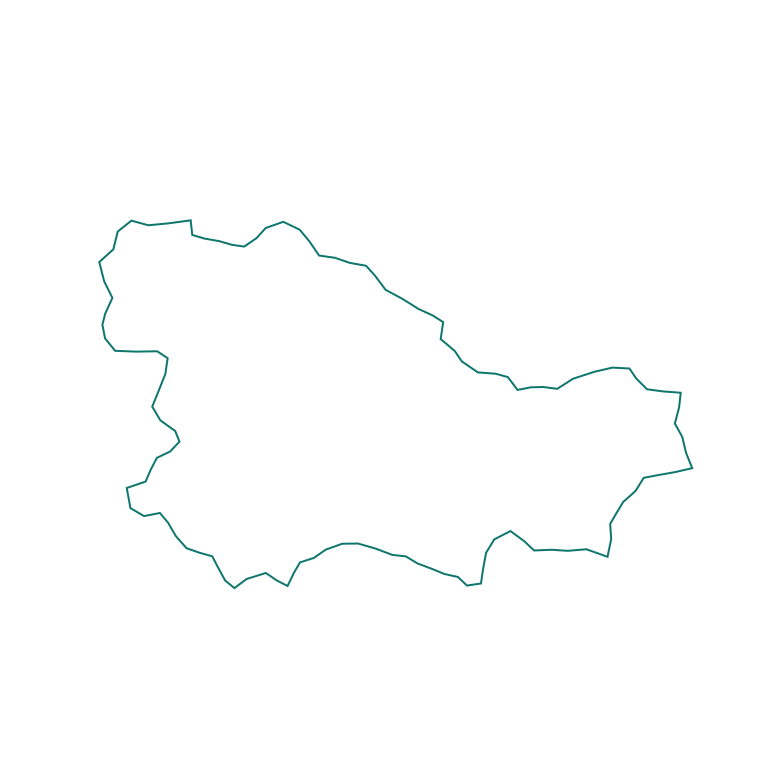 outline of Guarará, Minas Gerais, Brazil, rotated 252°
{"feature_id": "56859067B45812965390443", "entity_name": "Guarará", "entity_type": "district", "adm_level": 2, "iso_a3": "BRA", "parent_name": "Brazil", "parent_adm1": "Minas Gerais", "projection": "robinson", "projection_center": [-43.024, -21.763], "detail": "fine", "context": "isolated", "style": "outline", "palette": "teal", "viewbox_px": 768, "rotation_deg": 252, "n_neighbors": 0, "source": "geoboundaries", "source_scale": "gbopen_adm2", "svg_char_len": 1594}
<svg xmlns="http://www.w3.org/2000/svg" viewBox="0 0 768 768"><g transform="rotate(252 384 384)"><path d="M150.6,543.2L166.2,552.1L181.1,555.9L189.5,565.3L197.9,575.0L204.5,590.1L214.5,602.0L212.9,614.7L210.3,633.3L208.7,651.1L225.2,650.0L241.5,651.3L256.5,648.4L270.7,657.5L284.0,663.5L290.5,647.6L297.7,632.5L311.0,625.7L322.9,622.2L329.0,606.3L330.6,588.2L330.6,565.3L325.9,547.3L332.0,534.3L335.5,522.5L337.1,509.2L352.3,503.9L359.3,493.3L366.0,476.9L381.4,465.0L393.5,461.5L409.2,451.8L424.6,459.4L434.3,451.3L444.8,439.9L459.3,427.8L473.1,414.6L489.8,408.9L502.0,403.5L509.7,389.0L519.2,376.3L526.2,362.0L542.5,357.2L556.8,351.5L569.4,338.3L568.9,319.7L562.1,307.8L557.9,293.5L563.3,282.5L570.8,271.4L577.8,258.2L585.0,247.7L599.4,250.7L603.4,228.6L607.8,208.9L617.4,194.3L611.3,177.9L595.7,168.2L588.0,150.9L568.2,149.6L549.8,152.3L537.2,140.7L527.4,134.5L513.6,132.8L498.7,138.5L491.5,157.9L485.2,178.4L475.4,186.2L461.2,179.2L446.2,166.8L434.1,156.6L418.5,160.1L403.8,170.9L392.4,171.7L385.9,159.8L384.0,145.2L374.4,135.5L364.9,127.2L364.6,107.2L344.3,104.5L332.5,115.0L330.6,131.0L318.7,135.8L303.8,139.0L288.8,145.5L280.4,156.6L273.2,167.4L260.6,169.5L246.2,172.2L236.1,178.7L241.0,193.0L240.8,213.2L230.1,221.5L221.7,229.9L231.9,239.6L240.3,249.0L240.3,263.6L244.5,277.6L245.0,294.9L240.3,310.0L230.1,325.1L218.9,339.1L213.3,351.5L203.0,360.4L193.5,372.3L184.6,382.8L177.6,394.7L166.7,400.6L164.3,414.6L176.9,420.8L191.9,428.9L202.1,440.8L205.1,458.8L190.7,469.1L179.3,475.3L174.6,492.0L168.5,507.4L164.3,525.4L150.6,543.2Z" fill="none" stroke="#0f766e" stroke-width="2"/></g></svg>